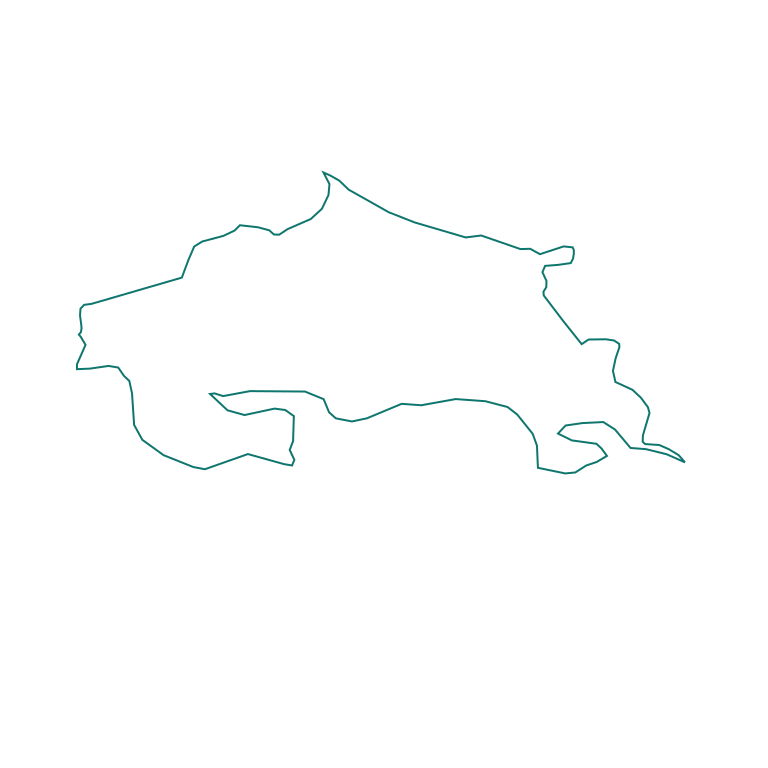 an SVG outline of Costa Rica, rotated 322°
{"feature_id": "CRI", "entity_name": "Costa Rica", "entity_type": "country or territory", "adm_level": 0, "iso_a3": "CRI", "parent_name": "North America", "parent_adm1": "", "projection": "robinson", "projection_center": [-84.032, 9.63], "detail": "fine", "context": "isolated", "style": "outline", "palette": "teal", "viewbox_px": 768, "rotation_deg": 322, "n_neighbors": 0, "source": "natural_earth", "source_scale": "50m", "svg_char_len": 1762}
<svg xmlns="http://www.w3.org/2000/svg" viewBox="0 0 768 768"><g transform="rotate(322 384 384)"><path d="M616.8,392.5L616.0,395.4L613.6,398.4L610.1,401.6L605.6,403.7L594.5,397.3L583.7,390.1L577.7,393.4L575.5,402.8L571.5,407.6L566.4,409.5L564.4,412.6L564.0,444.4L564.3,474.3L572.6,474.9L586.3,485.3L592.1,491.4L594.0,497.1L592.3,499.8L582.3,506.4L572.5,514.6L567.6,524.9L576.2,541.5L578.0,552.8L577.7,564.7L575.4,570.3L556.4,583.9L552.3,588.7L552.8,592.1L563.3,601.5L568.2,610.5L572.4,621.5L572.9,631.0L563.5,613.4L550.3,596.6L538.9,586.2L538.0,562.1L533.4,549.0L516.2,536.9L501.5,528.5L490.6,530.2L497.3,544.1L514.6,561.9L515.7,568.7L515.4,577.9L503.6,576.4L493.1,572.7L480.3,571.5L471.8,566.1L453.7,544.8L466.6,526.7L470.5,514.8L470.2,490.1L467.2,478.2L453.3,460.0L431.2,440.0L400.3,423.7L385.7,410.5L349.4,400.5L335.7,393.8L324.9,381.4L323.3,372.5L327.1,358.8L317.1,341.3L274.0,307.1L249.8,294.5L244.7,287.1L240.8,284.8L244.5,308.4L255.0,322.6L282.6,336.0L290.2,343.7L293.2,353.8L277.2,373.0L269.1,377.9L266.7,388.5L261.4,391.6L255.9,385.6L233.6,355.4L190.4,340.9L182.6,332.0L166.5,304.4L159.2,279.2L161.9,262.4L179.7,236.2L185.2,224.8L184.1,217.8L184.7,207.4L178.1,200.2L161.7,190.8L151.2,183.3L154.1,179.5L172.9,169.4L174.1,160.2L174.0,157.2L177.1,156.5L179.8,154.1L181.5,151.6L186.7,142.8L191.2,137.8L196.4,137.0L202.7,140.7L226.4,150.2L252.7,160.7L290.2,175.7L305.8,166.1L319.1,158.8L328.5,159.8L348.6,168.4L360.8,171.1L368.2,170.2L381.1,182.8L388.2,192.2L389.3,198.4L393.3,201.8L403.3,202.6L427.9,208.9L443.0,207.7L456.6,200.9L464.1,192.9L466.5,180.1L469.9,186.4L474.0,196.3L475.8,209.1L493.5,251.6L507.6,275.5L538.6,318.8L552.0,326.8L574.6,361.7L582.4,367.4L586.8,377.7L610.3,386.2L616.8,392.5Z" fill="none" stroke="#0f766e" stroke-width="2"/></g></svg>